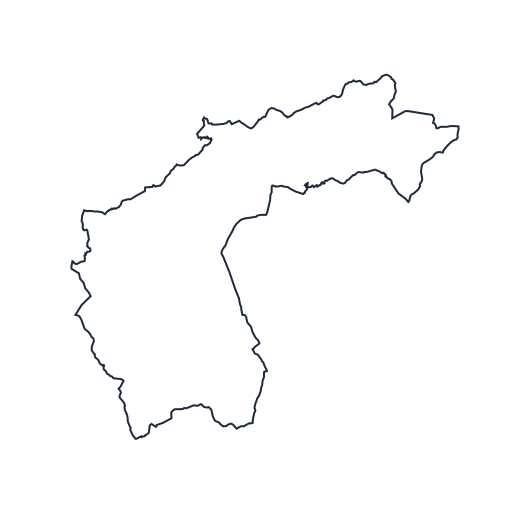 outline of Stulpicani, Suceava, Romania, rotated 279°
{"feature_id": "2599482B89985911923271", "entity_name": "Stulpicani", "entity_type": "district", "adm_level": 2, "iso_a3": "ROU", "parent_name": "Romania", "parent_adm1": "Suceava", "projection": "equal_earth", "projection_center": [25.775, 47.4], "detail": "fine", "context": "isolated", "style": "outline", "palette": "slate", "viewbox_px": 512, "rotation_deg": 279, "n_neighbors": 0, "source": "geoboundaries", "source_scale": "gbopen_adm2", "svg_char_len": 6045}
<svg xmlns="http://www.w3.org/2000/svg" viewBox="0 0 512 512"><g transform="rotate(279 256 256)"><path d="M415.7,435.7L415.0,428.7L413.4,424.1L412.5,418.2L410.6,415.6L410.4,414.3L413.2,412.9L414.9,411.4L415.1,410.1L419.6,410.5L422.9,408.2L422.9,383.6L422.5,380.9L413.3,369.0L421.3,368.0L423.0,367.2L426.7,363.7L429.8,365.0L433.2,367.4L437.2,367.6L440.2,368.4L446.5,366.3L448.4,366.7L451.4,364.1L452.2,362.3L453.6,361.5L455.1,358.4L455.5,356.4L453.5,352.6L451.0,351.2L446.5,347.4L446.7,346.0L444.9,344.8L443.9,340.8L442.1,338.0L442.3,335.2L444.7,332.4L445.2,331.4L445.1,330.3L443.9,328.1L444.0,326.1L444.7,324.8L442.9,323.2L441.7,319.9L440.5,319.4L439.9,317.9L438.6,317.1L434.4,316.0L429.5,315.6L426.8,314.4L425.5,311.7L426.5,307.9L425.6,306.1L423.9,304.2L422.7,301.7L420.8,300.3L420.1,298.1L419.2,297.9L415.7,294.3L415.5,293.0L416.3,292.4L416.6,291.2L411.7,284.6L410.1,281.1L407.8,278.2L405.1,273.2L403.2,271.0L400.9,269.7L397.9,265.7L397.7,265.3L398.9,264.3L398.7,263.5L399.5,262.0L402.0,259.3L402.8,257.5L403.4,255.0L403.2,254.4L404.6,250.5L404.5,248.2L403.9,247.0L402.0,245.3L394.9,243.3L394.6,241.6L391.3,238.6L391.2,237.4L389.1,236.7L383.0,233.3L381.2,231.1L382.0,228.0L384.5,223.1L385.1,221.3L386.9,218.3L382.4,211.4L385.3,208.9L384.5,207.3L382.9,206.2L381.4,203.3L379.5,196.0L379.0,192.0L380.1,191.3L379.5,189.4L379.8,188.2L383.3,186.5L383.7,186.1L383.9,183.6L384.6,183.0L382.0,182.1L381.5,182.4L381.6,183.1L381.3,183.4L379.7,183.5L376.6,184.5L367.5,178.7L363.8,180.8L364.6,182.7L362.8,183.5L364.6,184.6L365.0,185.5L364.8,186.0L365.1,186.5L364.6,186.6L364.5,187.1L365.2,188.5L365.8,188.8L365.1,189.2L365.8,189.6L365.4,190.4L364.5,190.7L364.4,192.0L365.2,193.1L364.1,193.9L360.3,192.9L357.6,190.0L357.5,188.3L354.7,186.6L352.5,186.4L347.1,183.0L346.4,180.9L345.2,180.0L343.0,177.1L340.3,174.6L334.4,170.6L333.4,166.6L334.0,163.4L332.3,162.7L331.5,161.7L329.4,161.0L326.8,158.5L324.1,158.0L319.7,154.5L315.3,153.5L310.8,150.7L308.9,145.7L309.9,144.2L309.8,143.4L308.0,142.9L306.4,135.8L302.7,136.1L297.1,128.7L292.3,123.1L292.2,121.1L289.8,115.8L288.6,114.9L285.5,114.4L283.1,113.1L280.9,110.2L281.0,109.5L280.6,109.1L280.9,108.4L280.0,107.1L280.3,106.3L279.3,105.9L279.3,105.1L278.3,103.6L277.5,103.4L277.2,102.5L273.7,100.3L275.1,97.1L275.2,95.2L275.1,91.4L274.6,89.8L274.8,86.5L274.3,85.0L274.6,84.3L273.9,82.8L274.2,81.9L273.8,80.6L274.3,79.1L268.6,78.0L263.2,78.3L261.5,79.6L259.4,80.2L257.5,80.2L255.1,81.2L255.2,82.0L254.5,82.4L255.5,84.7L254.8,85.4L246.3,88.4L242.3,87.3L240.3,87.9L239.2,87.7L237.7,90.0L237.6,90.8L236.0,91.6L234.9,91.5L234.2,90.7L233.7,88.5L231.7,87.9L231.9,87.1L230.2,87.4L229.8,86.5L226.1,87.6L224.1,87.4L222.9,84.1L219.9,80.1L220.2,78.0L221.7,76.5L222.1,75.5L216.6,75.3L214.4,75.9L211.2,83.8L206.1,85.8L202.4,90.0L197.4,92.4L193.8,96.6L190.4,98.9L180.1,91.3L169.6,86.9L169.4,89.2L168.8,91.0L166.1,93.3L157.3,98.1L155.2,101.8L152.7,104.6L150.5,106.0L149.5,107.8L148.7,108.5L146.5,109.2L140.7,108.0L137.1,108.5L134.2,111.3L133.8,112.2L132.4,112.2L130.6,113.2L129.9,114.7L128.2,116.9L125.6,118.3L123.9,121.3L124.6,122.3L124.5,122.8L124.1,123.1L122.2,122.8L120.1,123.4L119.1,125.3L116.4,127.3L115.8,129.4L114.7,130.7L114.4,132.7L113.0,134.2L113.3,142.4L112.0,144.7L105.8,142.6L103.5,141.1L101.4,143.2L100.1,143.9L96.1,143.1L95.0,143.4L90.2,148.8L87.2,150.1L86.4,149.7L83.7,150.4L79.8,153.0L77.2,154.2L72.3,155.4L67.2,158.4L66.7,159.1L64.6,159.0L59.7,162.3L56.8,165.4L56.5,166.0L59.4,170.2L59.2,171.1L59.9,171.2L59.6,171.9L60.7,174.2L61.3,174.3L61.6,175.0L64.6,177.8L72.0,177.6L73.8,179.0L71.6,183.7L72.0,184.3L73.5,184.3L76.5,190.0L82.5,197.9L87.7,196.8L89.3,197.3L91.9,199.6L93.3,207.5L94.7,208.9L94.5,209.8L95.4,212.3L98.7,217.7L99.0,222.0L101.1,224.7L100.1,226.6L98.8,228.2L98.6,231.0L99.3,232.8L99.0,233.6L97.1,236.0L90.9,238.4L87.7,240.6L86.6,241.9L85.8,245.5L84.3,247.2L83.0,249.4L83.0,250.2L82.6,250.5L83.4,253.2L85.3,254.9L86.6,258.0L85.4,260.3L82.4,263.8L85.3,267.5L85.7,268.5L85.8,270.5L89.5,275.1L89.9,276.2L89.8,277.1L90.6,278.8L94.5,278.5L100.2,278.8L103.4,279.6L105.8,278.2L109.8,278.5L115.8,279.6L118.2,280.8L123.4,281.8L126.8,281.7L129.6,282.3L133.4,282.0L137.6,282.8L142.5,282.1L142.9,282.2L144.0,284.7L145.3,284.3L148.0,282.1L152.2,279.8L153.0,278.4L154.6,277.4L158.7,273.4L159.5,270.0L163.4,267.2L163.9,268.0L165.8,268.9L170.1,273.0L171.1,272.7L173.3,271.0L174.8,268.8L178.4,265.9L181.4,263.9L185.3,262.2L189.0,257.8L194.4,255.7L195.7,254.6L196.0,253.0L195.7,251.8L201.5,249.6L202.5,249.7L206.2,247.6L211.7,245.7L219.6,240.9L236.2,232.1L250.4,223.6L252.5,221.8L254.1,221.3L256.8,221.8L260.0,223.2L260.6,223.9L268.8,225.7L276.6,228.7L281.7,230.1L284.7,231.7L289.2,235.2L291.0,238.2L294.8,250.0L296.2,251.1L297.4,254.6L298.2,259.5L301.0,260.3L313.5,261.2L318.4,260.7L321.3,261.5L325.7,260.8L327.9,260.9L328.3,261.6L327.7,264.0L328.0,266.4L329.4,270.4L328.9,272.8L329.1,276.6L327.8,279.2L325.8,285.3L324.6,292.9L325.6,293.5L325.9,294.3L327.5,294.4L328.9,295.4L331.2,296.1L331.7,295.0L333.3,294.0L333.5,293.3L335.3,294.4L336.1,295.7L333.3,295.7L332.0,296.7L332.7,299.4L334.3,300.5L334.4,301.1L333.0,302.4L335.5,304.9L334.1,305.8L336.0,307.7L336.1,308.6L338.7,309.2L339.2,309.7L339.0,310.5L338.0,311.0L337.9,311.5L338.6,312.3L340.5,312.1L341.1,312.5L341.5,313.3L341.3,314.5L343.0,316.0L344.4,318.0L344.7,318.9L344.5,320.3L343.5,322.0L342.5,325.7L341.4,327.8L341.2,331.0L342.1,332.4L345.2,334.1L345.9,335.5L351.2,339.3L351.2,340.8L353.2,341.9L354.7,343.6L355.0,344.6L355.2,349.3L356.1,350.0L356.2,351.9L359.9,360.1L358.9,364.5L357.5,368.2L358.2,369.0L357.6,369.8L356.3,371.0L356.2,371.7L354.8,371.4L354.4,371.9L354.2,373.1L353.2,374.0L353.0,375.9L351.3,378.1L348.7,378.9L340.0,387.0L336.0,394.7L333.2,398.0L334.3,398.7L338.9,399.0L341.0,400.0L342.6,402.1L347.1,405.8L350.3,407.1L352.7,406.5L355.3,407.9L357.7,408.2L365.5,405.7L371.6,405.6L372.7,406.1L374.1,407.0L378.6,412.4L381.5,415.1L384.9,416.7L386.9,418.9L387.4,421.7L387.3,424.3L389.3,424.5L393.7,427.0L399.2,430.9L401.7,433.9L402.4,435.6L404.6,436.7L407.0,436.0L413.6,436.2L415.7,435.7Z" fill="none" stroke="#1e293b" stroke-width="2"/></g></svg>